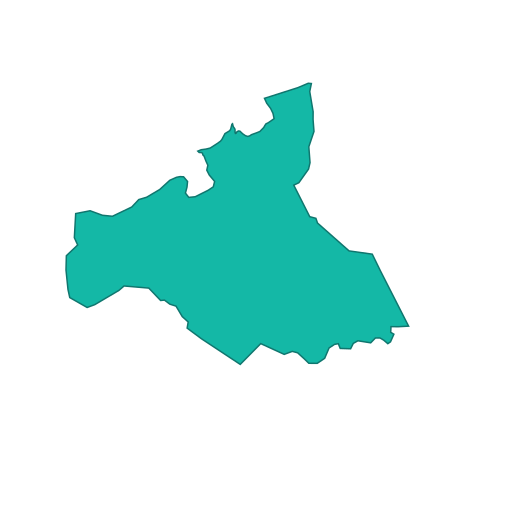 Akpabuyo, Cross River, Nigeria, rotated 45°
{"feature_id": "59680162B58958286313368", "entity_name": "Akpabuyo", "entity_type": "district", "adm_level": 2, "iso_a3": "NGA", "parent_name": "Nigeria", "parent_adm1": "Cross River", "projection": "natural_earth1", "projection_center": [8.451, 4.951], "detail": "fine", "context": "isolated", "style": "filled", "palette": "teal", "viewbox_px": 512, "rotation_deg": 45, "n_neighbors": 0, "source": "geoboundaries", "source_scale": "gbopen_adm2", "svg_char_len": 1763}
<svg xmlns="http://www.w3.org/2000/svg" viewBox="0 0 512 512"><g transform="rotate(45 256 256)"><path d="M173.0,411.8L176.4,404.4L183.4,377.2L183.9,370.5L202.9,354.5L220.0,354.9L222.5,351.9L229.1,351.0L234.9,348.0L246.7,351.0L254.7,350.6L258.3,355.7L275.9,353.1L321.5,343.8L321.3,314.6L345.5,305.6L349.1,297.8L353.9,295.0L362.7,294.6L369.2,294.5L375.2,288.6L376.9,279.8L372.7,269.4L374.0,263.0L376.2,259.8L380.9,261.8L388.5,254.7L386.6,249.0L388.0,243.9L398.5,236.3L398.4,229.6L401.6,226.3L405.8,225.2L411.2,224.8L411.8,221.6L408.8,213.8L405.2,214.7L401.4,210.5L406.6,205.4L413.5,197.7L354.4,178.5L336.9,172.5L318.2,186.6L276.2,189.2L271.7,187.0L266.2,190.2L232.6,179.2L234.5,173.9L231.7,157.4L228.2,151.8L216.1,141.4L208.9,126.9L199.8,119.1L194.4,113.6L177.7,101.7L173.2,94.9L170.8,96.9L166.6,107.3L150.5,138.5L155.6,140.4L161.9,141.3L167.1,143.1L171.7,146.1L170.4,153.2L169.6,155.6L170.1,157.9L170.6,159.6L170.7,165.2L169.3,168.5L167.0,173.4L166.6,175.5L165.6,177.3L163.4,178.4L160.2,179.0L156.3,179.1L155.1,180.1L154.7,181.8L155.1,183.4L154.8,183.9L153.9,183.5L151.7,181.4L151.1,181.1L150.3,180.9L148.9,180.7L148.1,180.4L145.9,179.1L145.8,179.9L148.4,184.2L148.8,186.1L147.5,191.4L149.5,197.8L149.7,200.0L149.0,204.1L147.3,212.0L145.0,215.8L142.1,219.6L140.7,223.0L142.6,223.0L144.4,221.4L145.5,221.2L147.0,222.1L148.7,222.1L153.3,224.2L157.8,225.9L160.5,230.1L165.7,231.8L174.0,232.5L176.9,237.3L175.7,243.3L171.1,257.1L167.0,262.1L161.6,261.4L158.5,256.1L154.9,251.7L148.8,251.2L146.2,253.5L144.1,256.6L141.5,263.4L140.9,277.0L137.1,291.8L133.2,299.0L133.5,309.2L126.4,329.4L118.6,335.8L106.7,341.3L98.5,353.5L114.6,371.5L122.1,374.3L121.7,389.9L131.6,400.3L146.7,412.6L153.7,417.1L173.0,411.8Z" fill="#14b8a6" stroke="#0f766e" stroke-width="1.5"/></g></svg>